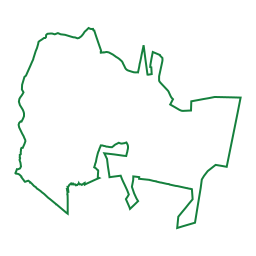 El Oro, México, Mexico
{"feature_id": "50627088B36645453040308", "entity_name": "El Oro", "entity_type": "district", "adm_level": 2, "iso_a3": "MEX", "parent_name": "Mexico", "parent_adm1": "México", "projection": "robinson", "projection_center": [-100.072, 19.796], "detail": "fine", "context": "isolated", "style": "outline", "palette": "green", "viewbox_px": 256, "rotation_deg": 0, "n_neighbors": 0, "source": "geoboundaries", "source_scale": "gbopen_adm2", "svg_char_len": 5538}
<svg xmlns="http://www.w3.org/2000/svg" viewBox="0 0 256 256"><path d="M240.6,97.6L233.6,97.4L215.3,97.0L215.1,97.0L214.6,97.0L208.5,98.2L203.2,99.1L197.9,100.1L191.3,101.3L191.0,110.5L182.7,110.9L181.4,110.7L179.5,109.9L174.9,107.2L170.2,104.5L173.0,99.2L171.8,98.0L170.9,96.7L170.5,95.9L168.5,91.5L168.1,90.9L167.2,89.9L160.7,83.0L159.4,81.4L159.1,80.3L159.1,76.3L162.3,61.5L162.5,60.0L162.4,58.0L159.6,55.1L159.7,54.9L152.8,52.0L151.5,58.5L150.4,64.8L150.2,67.0L151.3,67.3L151.7,74.1L148.2,74.7L147.5,74.6L145.4,59.2L143.6,45.2L143.2,47.3L143.1,47.8L143.0,48.3L142.8,49.0L142.3,51.6L142.1,52.4L141.5,55.3L141.1,57.5L140.6,59.9L140.0,62.7L139.7,63.7L139.3,66.2L139.0,67.8L138.0,72.4L137.5,72.3L136.1,72.4L135.5,72.4L133.9,72.3L131.5,71.6L130.0,71.1L128.1,70.5L127.1,70.0L126.1,69.2L125.4,68.3L124.1,65.6L123.8,65.0L122.9,63.3L122.8,62.8L122.6,62.4L122.2,61.8L121.6,61.0L120.3,59.9L119.9,59.5L119.6,59.2L118.5,58.4L118.1,58.1L117.5,57.7L116.8,57.3L116.4,57.1L115.3,56.3L112.8,54.5L112.2,54.2L108.8,52.4L106.8,52.0L106.3,52.0L104.8,52.3L103.9,52.5L103.7,52.3L102.4,52.5L101.9,52.6L100.8,52.7L100.7,51.8L101.0,51.3L101.1,50.8L100.9,50.1L100.4,48.7L99.0,44.7L98.0,41.8L97.0,38.8L96.9,38.6L96.0,35.9L95.3,33.8L95.1,33.1L94.9,32.5L94.7,31.9L94.4,31.2L94.3,30.5L93.4,30.3L93.0,28.9L91.8,29.0L90.4,28.9L88.6,28.0L86.4,30.2L84.7,31.7L83.0,34.3L81.3,36.3L78.9,38.0L77.4,38.3L76.1,37.8L75.0,37.4L73.4,37.3L71.6,36.8L65.0,34.8L60.7,34.3L57.9,33.1L54.8,34.3L53.0,33.8L52.0,33.5L50.9,33.5L48.6,33.7L47.5,33.8L46.7,34.4L46.1,35.1L46.0,37.1L45.2,38.0L44.0,38.0L41.9,39.5L39.4,41.1L38.5,42.0L38.4,42.4L38.2,43.8L37.0,48.0L35.7,51.1L34.2,55.9L33.4,58.4L33.2,59.4L31.9,62.2L30.4,65.7L26.0,75.6L24.4,77.0L23.8,79.1L22.1,84.8L21.9,89.5L23.5,92.3L22.8,93.7L22.2,94.6L21.8,95.3L20.3,97.3L19.4,98.9L18.9,101.7L19.9,105.1L21.4,107.5L22.8,109.8L23.5,111.5L24.0,113.3L24.0,116.2L23.0,118.7L21.5,121.6L20.6,121.4L19.2,122.9L18.6,124.8L18.8,125.7L19.2,127.5L22.2,133.7L23.6,136.2L24.4,138.2L25.2,139.8L25.4,141.2L24.5,143.8L22.7,147.9L21.5,147.9L20.9,149.3L21.0,150.3L20.7,152.3L20.8,153.7L20.8,154.1L20.5,154.5L19.8,154.8L19.8,156.2L19.8,156.7L19.7,157.4L20.1,157.9L20.1,158.3L20.0,158.9L19.6,159.3L19.6,160.2L20.5,162.9L20.8,165.3L21.0,166.4L20.3,167.9L19.9,168.5L17.9,169.3L16.9,169.2L16.1,171.5L15.4,173.1L15.7,173.5L16.0,173.6L16.9,173.7L17.6,173.8L18.5,174.1L19.3,174.5L20.9,176.0L21.4,176.5L21.5,176.9L21.3,176.9L21.3,177.1L21.9,177.8L22.7,178.9L23.6,180.0L24.3,181.1L25.0,181.8L27.3,181.0L28.3,180.7L30.3,182.2L30.2,182.6L30.7,182.7L31.8,183.6L33.9,185.9L36.1,187.4L36.7,188.4L38.0,189.2L39.4,190.2L40.9,191.3L41.5,191.9L41.8,192.2L42.5,192.7L44.2,194.0L48.1,197.7L50.1,199.2L51.8,200.6L55.8,203.9L55.9,204.1L56.0,204.3L56.4,204.3L56.6,204.5L58.6,206.2L64.3,211.0L66.3,212.7L67.7,213.7L67.7,211.0L67.7,202.0L67.7,200.4L67.6,194.8L67.3,194.6L67.4,193.6L67.4,193.4L67.5,193.1L67.6,192.5L67.6,192.2L67.5,191.8L67.4,191.8L67.3,191.0L67.1,190.4L67.2,189.8L66.9,188.9L67.4,188.7L67.5,188.5L67.6,189.2L67.9,190.8L68.2,192.0L68.5,192.8L67.9,187.7L67.7,187.3L67.6,186.9L68.2,186.9L69.3,184.9L71.2,183.3L71.9,183.5L71.4,183.9L71.2,184.2L71.2,184.3L72.0,184.4L72.3,184.2L72.4,183.9L72.6,183.8L72.6,184.0L72.8,184.3L73.3,184.2L73.7,184.1L74.0,184.2L74.1,184.5L74.7,184.4L75.3,184.4L75.5,184.5L75.7,184.8L75.8,185.2L76.2,185.1L76.6,185.2L76.9,185.0L77.2,185.0L77.3,184.8L77.9,184.3L78.7,183.5L78.8,183.2L78.9,183.4L79.0,183.7L79.3,184.0L79.4,184.3L79.7,184.4L79.9,184.3L80.2,184.2L80.7,184.2L80.9,184.3L81.1,184.5L81.8,184.9L82.3,184.5L83.4,183.8L83.5,183.6L84.7,182.9L84.8,184.6L86.1,183.9L87.4,183.3L88.7,182.7L89.1,182.5L90.3,182.0L90.8,181.7L91.6,181.4L92.6,180.9L93.7,180.4L94.8,179.9L95.9,179.4L99.2,178.0L97.8,177.3L97.9,175.5L98.0,173.7L98.1,172.3L98.2,171.0L98.1,170.3L96.9,169.5L96.4,168.7L95.4,168.0L94.2,167.3L94.9,165.1L95.1,164.1L95.9,161.9L96.1,160.8L96.6,158.1L97.7,153.7L98.2,152.0L99.0,150.3L99.4,148.9L99.6,148.3L100.0,147.6L100.8,145.4L102.6,145.5L103.7,145.9L105.0,146.1L106.3,146.6L107.8,146.7L109.2,147.0L110.1,147.1L112.0,147.2L112.6,146.7L113.5,146.1L113.9,145.7L114.4,145.2L114.8,144.9L115.1,144.7L115.4,144.5L118.2,143.1L118.5,142.8L118.8,142.8L119.2,142.9L119.6,143.1L119.9,143.2L120.5,143.4L120.9,143.5L121.5,143.6L122.0,143.5L122.4,143.5L122.9,143.4L123.5,143.3L124.2,143.2L124.8,143.1L125.1,142.9L126.4,142.5L126.9,143.4L127.2,143.9L127.4,144.4L127.7,145.0L127.9,145.8L128.0,146.5L128.0,147.2L128.0,148.0L127.8,149.2L127.5,150.4L127.3,151.7L127.0,152.8L126.8,153.4L126.6,154.4L126.3,155.6L126.2,156.0L123.3,155.7L114.1,154.4L108.8,153.8L104.3,153.3L105.5,155.7L106.3,157.5L107.0,158.8L107.9,166.3L108.9,172.7L109.2,174.7L109.5,177.2L111.6,176.9L116.1,176.3L120.7,175.7L122.0,179.1L123.3,182.0L124.7,184.9L127.2,190.3L128.8,194.5L127.9,196.1L127.4,196.9L125.9,199.1L129.5,207.3L130.0,208.9L134.1,205.0L138.1,201.1L137.4,200.0L136.8,199.0L136.4,198.3L134.1,193.3L131.9,186.8L133.2,180.0L133.3,176.4L139.2,177.1L139.1,178.8L148.9,179.8L149.6,179.9L150.0,180.1L150.3,180.1L153.4,180.9L155.3,181.2L156.1,181.3L156.2,181.5L160.3,182.5L160.8,182.5L167.0,183.9L169.0,184.1L169.4,184.5L175.7,185.9L177.5,186.1L186.6,188.1L187.5,188.2L187.6,188.3L189.0,188.6L189.3,188.7L190.5,188.8L190.9,189.0L191.2,189.0L191.9,189.2L192.5,197.3L192.6,199.3L189.0,203.6L185.5,208.0L181.9,212.3L178.3,216.7L177.2,228.0L182.7,226.3L189.5,224.3L195.0,222.7L197.7,206.0L200.7,187.9L201.8,179.5L204.0,175.9L207.7,171.1L215.6,164.9L221.1,165.8L226.7,166.8L228.3,158.9L231.4,143.6L234.5,128.3L237.6,112.9L240.6,97.6Z" fill="none" stroke="#15803d" stroke-width="2"/></svg>